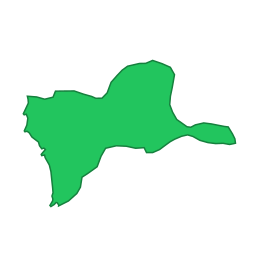 the district of Myongchon, Hamgyŏng-bukto, North Korea, rotated 167°
{"feature_id": "82179303B5816291579612", "entity_name": "Myongchon", "entity_type": "district", "adm_level": 2, "iso_a3": "PRK", "parent_name": "North Korea", "parent_adm1": "Hamgyŏng-bukto", "projection": "orthographic", "projection_center": [129.544, 40.98], "detail": "fine", "context": "isolated", "style": "filled", "palette": "green", "viewbox_px": 256, "rotation_deg": 167, "n_neighbors": 0, "source": "geoboundaries", "source_scale": "gbopen_adm2", "svg_char_len": 1366}
<svg xmlns="http://www.w3.org/2000/svg" viewBox="0 0 256 256"><g transform="rotate(167 128 128)"><path d="M218.9,181.6L218.9,178.5L219.5,174.7L226.8,165.4L226.2,164.2L224.0,164.3L223.4,160.1L225.9,153.6L229.7,148.5L229.3,147.5L227.1,147.5L225.3,145.5L223.7,140.9L222.0,138.8L218.4,134.5L218.2,130.6L216.7,127.1L214.5,127.3L213.3,125.7L218.5,121.8L218.3,120.5L215.4,120.4L215.4,117.7L213.0,109.7L212.9,102.9L214.9,86.7L215.6,81.8L217.4,78.8L217.2,75.7L217.9,73.9L221.5,70.1L220.8,68.8L217.0,70.1L214.9,71.6L213.8,71.1L212.8,68.5L213.1,67.7L202.4,70.3L192.6,75.7L187.7,81.0L183.9,90.4L176.6,93.1L166.8,97.2L160.6,106.6L154.4,113.3L143.4,113.3L133.7,110.6L125.2,106.6L116.7,105.2L115.5,99.9L109.5,98.5L102.1,99.9L96.0,102.6L89.9,105.2L85.0,106.6L77.6,107.9L71.5,107.9L66.7,105.2L60.7,99.8L53.4,95.8L46.1,93.1L38.8,91.7L32.7,89.1L29.1,89.0L26.7,89.0L26.3,93.4L27.5,98.6L30.1,106.5L33.7,107.8L39.8,110.5L45.8,113.2L53.1,115.9L61.7,115.9L66.6,114.6L70.2,115.9L75.0,121.3L78.6,125.3L81.0,133.4L82.1,141.4L79.5,149.5L75.8,157.5L70.7,169.5L73.1,177.6L80.3,183.0L88.8,188.3L90.9,187.9L96.2,187.0L102.3,188.3L108.4,188.3L114.5,188.3L120.6,185.7L126.8,181.6L134.2,176.3L140.4,166.9L146.6,162.9L152.7,164.2L156.3,166.9L163.6,170.9L172.1,176.2L184.3,178.9L190.4,180.2L194.1,174.9L202.7,174.8L210.0,178.8L218.9,181.6Z" fill="#22c55e" stroke="#15803d" stroke-width="1.5"/></g></svg>